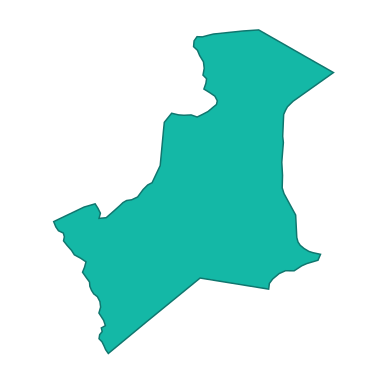 the district of Jacaraú, Paraíba, Brazil, rotated 92°
{"feature_id": "56859067B40843060287877", "entity_name": "Jacaraú", "entity_type": "district", "adm_level": 2, "iso_a3": "BRA", "parent_name": "Brazil", "parent_adm1": "Paraíba", "projection": "natural_earth1", "projection_center": [-35.265, -6.604], "detail": "fine", "context": "isolated", "style": "filled", "palette": "teal", "viewbox_px": 384, "rotation_deg": 92, "n_neighbors": 0, "source": "geoboundaries", "source_scale": "gbopen_adm2", "svg_char_len": 1474}
<svg xmlns="http://www.w3.org/2000/svg" viewBox="0 0 384 384"><g transform="rotate(92 192 192)"><path d="M97.8,94.2L67.7,54.8L53.2,82.5L27.7,131.0L29.3,146.7L33.4,176.2L35.0,181.8L36.6,187.0L36.6,192.4L40.9,195.2L46.7,195.5L50.2,191.5L55.4,189.1L61.5,185.1L68.0,184.1L74.8,185.1L78.3,181.4L82.9,181.9L88.7,183.7L92.1,177.7L95.4,172.5L100.0,169.9L103.7,170.6L106.5,173.8L111.0,178.8L114.2,184.4L116.9,189.5L115.0,195.5L115.6,202.7L115.4,208.1L114.0,215.1L123.3,222.1L130.8,222.6L166.7,224.7L184.1,232.2L186.5,236.5L191.2,240.9L198.9,246.2L201.9,252.1L202.8,257.1L205.0,260.6L208.1,263.6L212.6,268.3L217.6,273.6L220.7,276.9L221.6,284.0L216.4,282.8L211.6,285.4L207.2,288.4L210.8,299.3L226.4,329.2L231.6,326.9L235.4,324.1L237.5,319.2L241.2,318.0L245.3,318.7L249.8,314.9L254.5,310.4L258.9,307.4L262.0,301.1L265.5,295.5L271.0,296.8L276.0,298.6L281.2,294.7L285.5,291.3L289.8,290.8L293.8,289.0L297.3,286.6L299.9,282.9L304.7,280.2L310.2,279.3L316.2,280.8L323.4,275.8L328.6,273.9L331.0,277.9L334.6,276.9L337.8,279.3L341.9,279.8L344.9,276.7L348.8,274.6L352.6,272.8L356.3,270.0L323.3,232.9L277.7,180.9L286.4,112.0L280.7,111.5L276.1,108.3L270.5,102.1L267.4,95.8L267.2,87.2L261.9,79.7L259.5,74.7L255.8,63.7L249.8,61.4L248.4,69.1L247.3,73.1L244.6,78.0L241.5,82.0L238.3,84.3L233.8,85.7L211.4,87.6L190.4,100.0L184.7,102.0L172.2,102.1L159.2,103.3L147.6,102.8L139.5,102.4L133.2,103.3L111.3,103.1L107.1,101.4L103.5,99.6L97.8,94.2Z" fill="#14b8a6" stroke="#0f766e" stroke-width="1.5"/></g></svg>